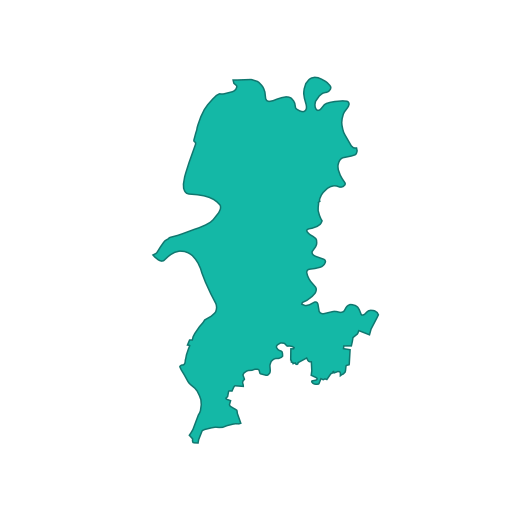 Tu Ky, Hải Dương, Vietnam, rotated 228°
{"feature_id": "81297802B38910067880652", "entity_name": "Tu Ky", "entity_type": "district", "adm_level": 2, "iso_a3": "VNM", "parent_name": "Vietnam", "parent_adm1": "Hải Dương", "projection": "robinson", "projection_center": [106.393, 20.817], "detail": "fine", "context": "isolated", "style": "filled", "palette": "teal", "viewbox_px": 512, "rotation_deg": 228, "n_neighbors": 0, "source": "geoboundaries", "source_scale": "gbopen_adm2", "svg_char_len": 6160}
<svg xmlns="http://www.w3.org/2000/svg" viewBox="0 0 512 512"><g transform="rotate(228 256 256)"><path d="M121.5,287.6L124.7,292.6L129.1,304.4L130.4,307.6L132.9,308.2L135.8,307.5L137.1,306.6L138.9,304.9L140.0,302.9L140.2,301.0L140.0,297.6L140.5,296.1L141.3,295.1L142.3,295.1L147.0,296.8L149.7,297.3L150.7,297.2L152.7,296.7L155.5,294.9L157.0,293.4L157.6,291.5L157.7,289.8L157.4,288.3L156.2,284.9L156.3,283.3L156.7,282.3L157.6,280.9L160.8,278.7L162.5,277.1L163.4,275.7L167.9,267.5L168.6,266.7L170.5,265.7L172.5,265.8L178.8,269.8L180.3,270.2L181.3,270.0L182.3,269.2L182.6,268.5L184.0,263.0L185.7,259.9L186.5,259.2L189.5,257.8L190.2,258.7L190.3,259.8L189.0,264.1L188.4,270.7L188.8,274.9L189.4,276.5L190.5,278.1L191.5,278.9L192.8,279.4L200.7,279.6L203.7,280.1L206.8,281.1L209.6,282.5L210.3,283.1L211.0,284.5L210.9,285.9L210.2,287.2L207.3,291.4L204.8,296.0L204.1,297.8L204.0,300.0L204.2,301.5L204.9,303.2L205.5,304.0L206.8,304.5L208.2,304.2L215.8,300.1L218.0,299.3L219.7,299.3L220.7,299.7L221.7,300.6L223.0,306.5L224.0,308.6L225.1,309.9L227.3,311.6L229.0,312.1L232.3,311.5L235.8,310.4L237.6,310.2L239.8,310.2L240.9,310.6L241.3,311.6L241.0,313.2L239.1,316.3L237.1,321.2L236.6,324.8L237.0,326.6L237.9,328.6L240.6,329.2L243.9,330.4L248.1,332.5L250.7,334.9L253.1,337.6L254.1,338.2L253.9,340.0L255.0,340.5L255.9,341.7L257.6,345.4L258.3,348.4L258.5,353.5L258.4,354.9L257.7,357.8L256.4,360.3L255.5,361.5L254.0,362.8L251.1,364.4L250.0,365.7L249.3,367.4L249.4,369.8L250.1,370.7L250.6,371.0L256.0,371.8L259.8,372.7L265.1,374.9L267.5,376.6L268.8,377.9L270.3,380.3L271.1,382.3L271.3,384.4L271.0,386.1L266.5,393.8L264.9,397.3L264.9,398.9L265.8,400.5L266.5,401.5L269.0,403.0L269.9,401.9L271.3,400.8L274.1,400.5L286.4,403.1L289.3,403.9L292.0,405.2L295.7,407.4L297.8,409.0L300.5,412.0L303.0,415.8L303.9,418.0L304.9,423.0L305.4,424.8L306.6,426.8L307.6,427.4L309.0,427.6L310.1,427.2L313.3,424.2L318.1,417.9L320.6,413.8L322.2,410.5L322.7,408.1L321.9,402.8L321.9,400.9L322.7,399.5L323.4,399.0L325.1,398.9L327.1,399.6L329.1,401.1L331.1,403.7L332.6,410.1L332.5,413.1L332.2,414.8L331.2,416.8L330.4,418.0L329.8,419.9L329.8,421.1L330.2,423.0L331.0,424.2L331.8,424.7L333.3,425.0L337.2,424.9L339.3,424.5L343.6,423.0L347.0,421.4L349.5,419.2L351.2,416.2L351.6,414.2L351.6,413.0L350.8,408.4L348.0,403.7L346.2,401.6L344.7,400.1L340.8,397.5L334.8,394.5L333.3,393.5L332.0,392.3L331.2,390.8L331.1,389.9L331.2,388.6L331.8,387.5L333.0,386.5L334.8,385.5L338.1,384.4L339.6,384.5L343.6,387.0L346.1,387.7L349.4,387.8L350.3,387.6L352.2,386.6L354.1,384.9L356.5,381.0L358.5,376.6L360.0,372.6L361.7,369.7L362.4,368.9L363.9,368.1L364.6,368.0L366.4,368.4L371.9,372.3L375.2,373.7L377.1,374.2L379.1,374.4L382.9,374.3L384.7,373.9L390.0,370.8L390.9,369.9L399.0,360.2L402.1,356.7L399.1,355.1L396.2,355.5L395.1,355.4L394.3,354.6L393.3,352.3L393.4,349.8L393.9,348.3L398.1,340.4L399.2,339.0L401.0,337.3L401.8,334.0L401.6,328.8L400.7,321.2L399.4,315.6L396.4,308.2L392.3,300.6L390.8,298.2L389.3,296.3L387.6,293.4L383.7,287.4L383.0,286.8L380.6,286.9L379.5,285.9L370.2,268.7L364.8,259.5L362.6,256.0L358.0,250.2L354.7,247.5L352.1,246.5L350.8,246.3L349.1,246.4L347.1,247.5L340.7,253.5L335.4,257.7L330.8,260.5L326.2,262.4L322.3,263.2L318.1,263.4L317.0,263.1L315.5,261.9L314.7,260.9L313.9,259.2L313.1,257.2L311.6,248.4L311.6,244.6L312.8,239.3L315.1,232.5L317.1,227.9L321.7,216.3L323.7,211.6L327.2,204.8L327.6,203.7L327.4,202.6L328.0,199.8L328.2,198.3L327.9,196.3L326.7,191.1L324.8,184.5L324.8,183.4L325.7,180.1L322.9,180.1L318.6,180.8L317.0,181.4L315.4,182.4L314.5,183.8L314.3,184.5L314.4,190.6L314.1,193.9L313.1,198.1L311.4,201.4L310.6,202.7L307.2,205.9L303.8,207.7L301.3,208.5L298.9,209.0L294.1,208.9L289.5,208.2L283.8,206.4L279.5,204.4L270.3,200.9L258.1,197.1L247.4,194.3L245.8,193.5L244.0,192.2L242.6,190.5L241.5,188.7L241.2,187.0L241.2,182.4L242.8,175.1L242.0,172.2L241.3,166.7L239.4,158.8L238.1,155.3L236.2,152.5L238.0,150.4L235.7,145.5L234.1,146.8L233.7,146.8L232.1,143.5L229.1,138.2L226.8,135.2L226.0,133.9L224.6,132.4L224.0,131.5L223.6,130.3L223.6,129.3L224.7,127.7L224.9,126.8L224.9,125.6L224.4,125.2L221.6,124.3L215.8,123.2L208.5,121.5L206.7,121.2L204.2,121.3L198.7,122.1L194.9,121.9L190.0,120.5L186.1,118.9L182.1,115.8L178.2,111.2L177.2,109.3L176.4,106.8L169.3,93.1L168.1,89.4L167.4,86.5L162.5,86.5L161.1,85.1L159.6,84.4L158.6,85.0L155.8,87.8L157.9,90.5L162.0,98.7L162.1,99.6L161.4,101.8L158.3,107.6L155.9,111.4L153.2,113.9L151.0,116.6L149.3,121.0L146.5,126.3L145.0,128.6L142.7,131.0L141.9,132.8L151.5,136.8L153.7,138.3L154.4,138.5L161.2,136.4L162.4,136.4L163.3,136.8L165.5,140.3L169.2,138.3L170.2,138.3L170.5,138.7L170.5,140.8L173.6,144.9L173.7,145.8L171.7,147.8L173.4,151.6L173.7,153.3L173.4,153.8L167.6,159.3L168.6,160.1L170.7,161.2L171.3,161.8L172.0,163.2L172.0,164.7L172.2,165.0L176.4,166.7L177.1,168.8L176.8,171.8L176.1,173.6L173.8,176.5L172.6,179.4L171.0,181.2L170.1,181.8L169.0,181.9L166.4,180.5L165.5,180.5L160.6,183.7L159.9,184.5L159.6,185.5L159.8,187.7L160.2,188.6L161.3,189.9L165.2,192.9L166.0,193.9L167.5,196.7L167.6,198.9L167.3,200.7L166.7,202.0L164.7,204.3L163.7,207.1L163.8,208.8L165.6,210.3L167.2,211.2L168.4,211.1L170.3,210.1L171.8,209.7L173.8,209.9L174.6,210.2L175.5,211.3L175.6,212.4L175.5,213.3L175.0,215.9L174.4,216.7L172.6,218.3L171.9,218.7L168.7,218.8L168.1,219.0L166.5,220.9L164.5,222.4L162.4,223.0L161.9,221.8L163.7,219.8L155.5,212.2L154.9,212.4L153.5,211.3L152.3,212.1L151.2,211.5L150.3,213.6L148.7,213.3L148.0,214.0L147.9,215.1L148.6,215.9L146.3,225.4L143.7,224.7L142.5,224.7L141.4,225.2L140.3,226.3L133.4,220.7L130.4,217.2L125.0,219.5L123.9,219.4L123.6,219.1L123.5,218.0L123.9,217.0L125.5,214.4L125.7,213.8L125.2,213.2L123.4,213.1L122.5,213.4L121.4,214.0L120.2,215.1L119.1,216.6L119.0,217.3L121.4,222.2L119.4,223.0L119.0,223.3L118.6,225.0L116.8,226.0L118.4,232.8L117.9,234.5L118.4,235.7L118.4,236.2L118.2,236.4L117.2,235.6L116.9,235.7L115.4,239.5L114.2,240.6L113.5,240.7L112.6,240.4L110.6,238.6L110.4,240.5L109.9,242.0L110.1,244.6L111.0,245.9L114.0,249.2L114.1,249.8L114.0,250.4L112.9,252.4L113.6,253.3L123.4,263.2L128.6,259.0L130.4,261.1L125.4,266.7L128.1,270.5L130.5,273.5L130.2,279.1L130.5,280.0L131.7,282.5L121.5,287.6Z" fill="#14b8a6" stroke="#0f766e" stroke-width="1.5"/></g></svg>